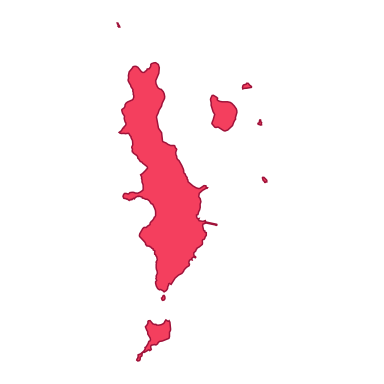 the district of Ko Si Chang, Thailand
{"feature_id": "78962969B51013887966956", "entity_name": "Ko Si Chang", "entity_type": "district", "adm_level": 2, "iso_a3": "THA", "parent_name": "Thailand", "parent_adm1": "", "projection": "orthographic", "projection_center": [100.809, 13.149], "detail": "fine", "context": "isolated", "style": "filled", "palette": "rose", "viewbox_px": 384, "rotation_deg": 0, "n_neighbors": 0, "source": "geoboundaries", "source_scale": "gbopen_adm2", "svg_char_len": 6055}
<svg xmlns="http://www.w3.org/2000/svg" viewBox="0 0 384 384"><path d="M159.3,67.7L158.3,64.5L155.7,62.7L154.0,62.8L151.4,63.7L150.7,64.7L150.8,65.7L150.5,66.9L149.1,68.8L147.2,69.0L146.6,70.5L145.2,71.3L144.8,72.0L144.1,72.4L142.5,72.4L141.3,71.6L137.9,67.3L136.2,66.4L135.0,66.3L133.7,66.5L132.7,67.1L132.4,68.0L129.2,71.8L128.4,75.5L128.6,78.0L128.1,79.9L128.2,80.8L129.6,83.6L130.5,84.9L131.0,86.7L132.9,89.5L132.8,91.2L133.4,92.9L133.2,94.2L133.7,95.3L133.8,97.1L133.0,99.3L132.3,99.9L127.5,102.0L126.0,103.2L125.1,104.7L124.9,106.6L124.1,107.9L121.9,109.5L121.8,110.5L122.6,113.3L124.5,116.1L124.2,118.6L125.1,121.9L125.8,122.8L126.0,124.2L125.6,125.3L123.9,127.0L123.8,127.8L122.9,128.1L121.4,130.7L119.1,132.4L120.1,133.2L121.4,133.5L124.2,133.4L125.3,133.7L128.3,133.3L129.2,134.0L130.0,135.6L131.0,136.6L131.0,137.6L132.5,140.6L132.8,144.8L131.8,147.0L131.8,147.8L132.5,149.0L132.2,150.4L132.3,151.8L133.2,152.4L133.3,153.0L136.0,155.0L136.5,155.1L137.6,156.6L137.8,158.2L138.6,158.9L140.3,161.5L141.9,162.1L142.7,163.2L147.0,166.5L147.5,167.5L147.4,168.6L146.4,169.2L146.0,170.0L142.5,173.5L140.6,174.8L141.7,177.0L141.5,178.3L142.0,179.8L142.0,182.0L143.1,184.8L143.2,188.8L142.9,190.2L140.4,192.0L137.8,193.2L135.2,193.0L133.9,192.4L132.2,192.3L129.9,192.6L128.7,193.9L127.6,193.9L126.0,193.4L124.4,193.5L123.4,195.0L123.0,196.5L123.8,198.3L126.0,198.7L126.5,199.1L127.0,198.9L129.2,200.4L129.5,200.0L131.0,199.8L131.2,199.3L132.0,199.6L133.4,198.3L134.4,198.9L135.4,197.4L138.0,196.2L138.5,196.5L139.0,196.2L142.1,197.1L142.4,198.1L143.6,198.2L145.5,199.2L147.3,199.3L149.3,200.8L151.2,203.7L152.7,204.2L154.5,208.0L155.4,210.3L155.6,212.1L155.6,215.6L155.0,216.9L154.3,217.2L153.8,218.6L152.4,220.6L151.3,221.4L150.1,223.1L150.0,224.6L147.4,226.2L146.4,227.4L144.1,227.4L142.8,228.5L139.8,233.7L139.4,235.4L139.6,236.5L144.8,242.1L145.4,243.0L145.7,244.7L146.6,245.3L146.8,245.9L149.7,246.3L150.0,246.8L151.1,247.3L151.6,248.1L153.1,248.7L153.1,249.8L154.9,251.0L154.6,252.6L154.7,254.2L155.5,254.6L156.1,256.1L156.7,256.7L157.3,259.8L156.2,261.9L156.1,262.3L156.5,262.7L156.2,264.4L156.2,267.9L156.5,269.7L157.0,270.6L157.4,273.2L156.1,276.1L156.4,277.3L155.9,278.5L156.7,280.4L155.6,281.8L155.6,283.3L156.3,286.0L157.7,288.6L159.4,289.8L160.7,289.5L163.0,290.8L164.1,291.9L166.3,290.5L167.4,288.9L167.7,288.0L167.7,286.6L168.5,285.5L168.7,283.8L169.4,283.4L171.1,284.4L175.1,278.1L178.5,275.1L181.9,273.4L183.5,271.4L184.0,270.1L185.3,268.5L186.7,267.2L189.1,265.7L189.5,264.1L188.9,263.2L188.9,261.8L189.6,260.2L190.9,259.5L192.1,259.9L191.7,258.4L193.7,256.9L195.3,257.8L195.7,257.4L195.5,256.6L194.2,256.0L193.8,254.6L193.8,252.8L195.8,250.9L196.3,249.2L196.9,248.8L197.1,248.1L199.3,246.9L202.3,244.4L202.5,243.0L202.3,240.6L202.5,240.1L203.2,239.5L204.0,239.4L204.7,238.5L205.2,236.9L206.3,235.4L206.3,232.6L205.6,232.5L204.8,231.8L204.9,231.0L203.7,230.5L202.6,225.8L203.0,224.1L206.0,223.0L215.2,224.9L216.1,225.4L216.7,225.3L216.9,224.7L216.7,224.3L205.5,221.9L205.2,221.8L205.5,221.2L205.3,220.6L202.9,221.4L199.1,220.7L198.6,219.9L199.1,218.5L197.9,218.8L197.2,218.3L196.6,216.8L196.5,215.0L197.7,214.7L198.0,214.4L198.6,211.9L199.6,209.9L200.2,207.4L200.1,204.2L200.9,201.8L200.2,198.7L198.7,196.6L199.3,193.3L202.5,190.4L206.0,188.4L207.1,188.3L207.5,187.7L206.8,187.6L206.1,187.0L205.9,185.8L204.0,185.6L199.9,188.4L198.6,188.5L196.3,187.9L192.9,185.9L188.1,181.8L187.8,179.8L187.1,178.9L187.1,177.4L185.9,176.0L185.1,173.9L184.2,173.3L183.5,171.7L183.8,171.2L183.4,169.3L181.8,165.6L179.0,160.6L177.8,159.6L176.9,158.4L176.6,156.0L175.9,154.7L175.7,152.3L176.7,149.3L176.3,148.6L175.5,148.0L174.7,145.8L174.1,145.5L170.6,145.5L167.8,144.3L166.3,143.1L162.8,141.6L162.5,140.9L161.6,132.7L158.5,128.2L156.5,117.2L156.7,116.0L158.1,113.2L159.1,110.1L161.5,106.2L162.2,103.2L164.5,98.5L164.7,96.7L164.2,93.9L163.3,91.8L161.3,89.4L160.2,89.2L158.4,88.2L157.4,86.8L156.0,83.6L155.7,80.7L158.8,73.3L159.3,67.7ZM222.4,101.8L219.9,101.4L218.3,100.7L217.3,99.9L217.2,99.3L217.6,98.2L216.7,97.3L213.4,95.3L212.1,95.5L210.7,98.5L210.5,99.7L211.2,102.8L211.1,105.2L213.1,111.7L214.7,114.4L213.1,120.0L212.1,122.5L211.9,123.7L214.7,127.1L215.9,127.5L217.8,127.1L218.3,127.2L223.6,130.6L225.0,131.0L227.8,130.0L232.5,125.6L233.7,122.3L234.7,120.3L235.6,119.2L235.4,117.7L236.9,112.5L236.8,110.7L236.3,108.9L234.3,106.0L231.8,103.4L230.2,102.4L227.6,101.8L222.4,101.8ZM167.8,321.2L165.9,319.9L164.7,321.6L164.4,322.6L163.2,323.7L161.2,324.7L158.5,325.2L156.5,325.0L155.9,324.3L154.8,324.5L152.8,323.8L150.1,320.6L148.4,320.8L148.2,321.1L147.8,322.0L148.1,322.9L147.1,324.8L145.4,326.8L146.9,330.5L147.6,331.4L147.8,334.1L150.2,338.0L150.5,339.9L149.9,341.0L149.1,341.2L148.6,341.9L148.2,343.4L146.1,346.9L145.0,347.5L145.2,348.5L145.0,349.4L143.6,351.3L140.5,353.9L138.1,354.8L138.1,357.3L137.8,357.6L137.7,358.3L136.9,359.2L136.7,360.1L137.9,361.0L139.6,360.5L140.2,359.2L140.2,357.2L141.9,355.9L142.2,353.2L143.1,352.2L144.2,352.4L145.4,351.8L148.5,349.9L149.2,349.9L149.7,350.6L150.9,349.9L151.3,349.2L150.8,348.2L150.7,346.2L151.4,345.2L154.7,344.5L155.2,344.9L156.3,344.8L157.8,343.6L158.0,342.7L158.6,342.2L159.7,341.4L162.3,341.0L168.9,338.4L169.5,336.7L169.5,332.1L170.4,330.6L170.6,329.2L169.9,322.2L169.1,320.7L168.5,321.3L167.8,321.2ZM248.1,83.3L246.6,83.3L246.2,84.2L243.6,84.9L243.0,85.5L242.5,87.3L242.8,88.9L244.1,88.4L246.8,88.2L251.4,87.4L251.5,86.7L250.7,85.8L249.9,85.4L248.1,83.3ZM266.8,181.9L266.8,180.3L265.7,179.1L264.0,177.4L262.8,177.3L262.4,177.8L263.0,179.9L263.2,180.5L264.4,181.5L264.7,182.4L265.5,182.4L265.9,181.9L266.8,181.9ZM164.7,296.3L164.0,295.4L163.2,295.6L162.3,297.6L161.5,298.1L162.0,299.8L162.8,300.4L164.2,299.9L164.8,299.0L165.0,298.1L164.7,296.3ZM260.9,125.1L261.6,124.8L261.3,123.9L261.6,122.5L260.8,121.7L260.6,120.0L260.0,119.8L259.6,120.3L259.2,122.7L258.0,123.3L257.9,123.9L258.6,124.4L260.9,125.1ZM119.3,25.6L118.7,24.9L117.9,23.1L117.2,23.0L117.4,23.9L118.3,25.1L118.0,25.9L118.5,25.9L118.5,26.6L118.8,27.1L119.8,27.0L119.3,25.6Z" fill="#f43f5e" stroke="#9f1239" stroke-width="1.5"/></svg>